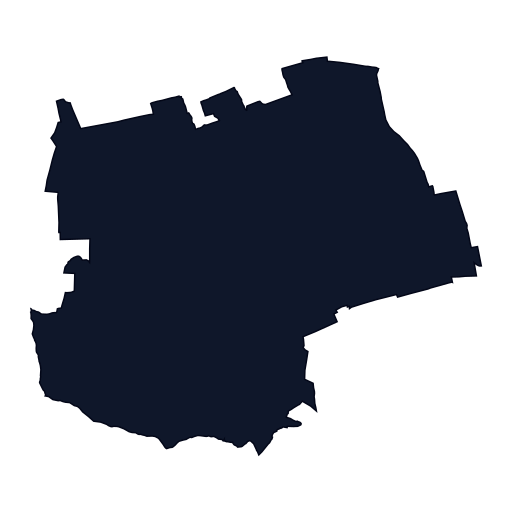 the district of Negresti, Vaslui, Romania
{"feature_id": "2599482B79763649175164", "entity_name": "Negresti", "entity_type": "district", "adm_level": 2, "iso_a3": "ROU", "parent_name": "Romania", "parent_adm1": "Vaslui", "projection": "mercator", "projection_center": [27.465, 46.836], "detail": "fine", "context": "isolated", "style": "filled", "palette": "ink", "viewbox_px": 512, "rotation_deg": 0, "n_neighbors": 0, "source": "geoboundaries", "source_scale": "gbopen_adm2", "svg_char_len": 5913}
<svg xmlns="http://www.w3.org/2000/svg" viewBox="0 0 512 512"><path d="M258.8,454.9L261.9,451.8L268.2,444.0L269.6,442.7L271.2,439.7L271.9,439.1L272.5,437.1L272.0,436.6L272.0,435.9L272.9,433.6L273.6,432.8L273.7,432.4L274.8,432.1L276.8,431.1L276.8,430.3L277.5,429.5L279.4,428.8L280.0,428.3L280.5,428.3L280.5,427.9L281.7,428.0L282.9,426.9L287.1,427.6L287.3,426.3L293.3,426.5L297.7,426.3L300.7,424.9L301.0,424.4L301.1,423.5L300.4,422.6L299.5,422.1L298.4,421.8L297.4,421.2L296.3,421.4L295.4,421.3L292.5,419.9L291.5,419.2L290.2,418.5L286.3,417.3L286.2,417.0L286.7,416.0L287.1,414.3L288.1,413.5L288.3,411.1L291.4,409.3L293.7,407.7L298.5,404.8L299.5,404.4L302.3,401.2L310.7,406.1L316.4,411.0L315.8,407.6L314.8,403.4L314.5,399.1L314.1,396.8L314.5,393.4L314.4,391.4L313.6,388.0L313.1,383.3L304.6,379.3L304.9,370.2L306.6,360.0L307.9,351.5L305.2,350.0L303.2,347.7L303.1,347.4L304.0,345.7L303.5,339.4L303.0,336.8L304.4,336.1L315.3,331.6L337.1,321.7L333.8,314.0L337.2,312.3L335.8,310.1L341.7,306.8L347.1,305.3L347.4,307.0L349.3,306.3L349.5,308.6L351.4,307.2L363.4,303.4L375.8,299.7L396.5,294.5L397.6,297.1L411.3,293.3L428.2,288.9L430.4,288.0L448.6,282.9L452.0,282.1L452.4,282.3L451.3,277.0L459.0,276.8L465.6,276.2L476.4,275.9L474.1,262.6L476.9,264.8L478.4,265.6L479.8,266.0L481.3,265.9L477.5,246.6L471.2,247.7L470.1,243.0L468.2,233.0L466.8,228.3L467.1,225.3L466.5,223.4L465.2,221.3L462.3,211.7L459.8,204.2L455.8,191.0L441.0,193.6L434.4,195.0L434.1,194.4L433.9,192.2L432.8,186.5L432.3,185.8L428.7,186.9L428.1,184.2L427.1,182.4L423.8,171.7L423.5,171.2L422.1,170.3L419.9,165.0L418.5,160.8L417.4,158.3L414.4,153.3L412.5,150.8L410.0,148.0L407.5,144.5L403.6,140.6L399.3,135.8L393.8,131.6L389.3,126.7L385.8,119.9L384.6,114.4L384.2,111.9L381.3,99.1L381.2,97.4L380.1,91.6L377.8,82.8L377.8,81.2L376.5,75.2L376.7,73.6L378.0,70.8L378.4,69.1L378.6,68.7L377.3,68.2L376.4,67.6L374.6,67.3L372.1,67.1L368.2,66.4L365.5,66.3L353.6,64.3L340.0,62.4L329.8,61.4L327.4,61.3L326.9,57.1L316.2,58.3L310.9,59.4L302.1,60.8L302.2,61.6L302.9,62.7L282.1,68.6L282.0,68.8L282.0,69.9L282.6,72.4L283.0,74.7L283.7,76.9L284.0,77.5L285.6,79.5L286.8,83.3L287.5,85.3L287.9,87.1L289.1,89.3L290.4,91.4L292.1,94.8L265.5,104.5L263.3,104.2L262.1,103.7L259.8,101.3L258.0,101.7L246.9,106.1L246.8,106.4L246.7,107.7L246.9,109.6L246.8,110.2L246.4,110.3L245.2,109.1L244.9,108.2L244.5,107.8L243.9,105.9L243.2,105.0L241.7,101.7L241.5,99.5L238.1,94.2L237.8,93.2L237.4,92.5L237.2,91.6L235.9,90.8L234.6,88.5L234.4,87.7L234.0,87.5L225.9,91.5L220.3,93.7L219.6,94.2L218.5,94.4L209.8,98.0L209.7,98.4L209.6,98.6L206.3,99.9L203.6,100.7L200.9,101.9L201.1,103.1L201.9,105.1L203.4,110.4L204.5,113.0L205.3,115.8L213.5,113.6L214.6,116.3L217.8,118.1L219.4,120.6L217.0,121.6L212.3,123.1L207.5,124.9L206.0,125.1L204.5,124.9L203.9,125.2L202.2,126.9L201.1,127.5L199.8,128.1L198.1,128.4L195.8,129.4L195.5,129.1L194.8,126.2L194.0,124.3L193.7,123.9L192.6,123.4L191.9,121.5L191.7,119.6L191.9,118.5L191.7,117.4L190.7,115.8L189.9,114.9L188.8,113.0L188.6,112.9L187.8,113.4L187.2,113.4L185.5,106.8L184.9,105.3L183.7,103.0L182.8,99.1L182.5,98.8L181.9,98.8L181.6,98.6L181.4,97.0L181.3,96.7L180.9,96.6L179.4,97.2L179.2,97.0L179.0,96.1L175.2,97.2L171.3,97.9L162.1,100.4L157.4,101.3L152.0,102.8L150.7,103.5L152.2,108.2L152.8,110.6L153.4,114.3L149.7,114.6L139.9,116.6L124.2,120.1L117.8,121.8L80.9,128.6L80.7,128.6L72.7,109.9L70.8,104.9L70.2,102.9L68.7,102.8L65.5,101.8L63.9,99.7L63.4,99.3L62.8,99.3L61.0,99.6L56.5,101.2L58.1,108.3L59.0,113.2L60.6,119.8L61.0,121.9L58.2,122.5L56.7,127.4L54.7,132.8L51.0,138.1L52.8,140.6L56.6,146.5L54.3,153.2L52.4,159.8L49.9,170.0L47.1,180.1L46.3,185.7L45.2,191.2L57.8,192.3L58.1,192.5L58.2,192.9L57.7,196.9L57.7,199.1L58.3,206.1L59.0,222.6L58.8,231.9L58.9,232.5L60.2,232.5L60.3,239.5L90.0,238.7L89.7,248.7L89.7,258.6L89.6,262.5L88.2,260.8L86.4,259.9L82.4,260.1L81.9,259.6L81.4,258.6L80.4,257.3L78.8,256.2L77.3,256.2L73.8,257.5L71.1,259.3L70.3,260.6L68.3,261.9L68.0,262.6L68.1,263.2L67.9,263.7L67.5,264.3L66.8,264.8L65.1,267.1L63.9,272.9L74.8,273.4L74.3,291.1L71.6,292.2L70.8,292.4L66.9,292.7L65.4,292.6L64.1,298.4L62.0,305.4L61.3,308.1L58.6,308.4L57.4,308.8L56.8,311.9L56.4,312.6L54.5,312.6L52.1,312.9L49.4,313.9L46.9,314.3L41.7,314.1L40.9,313.8L39.4,312.6L38.3,312.0L36.2,311.6L34.3,310.5L31.8,310.0L31.5,309.6L31.4,309.1L31.0,308.9L31.3,310.3L31.3,310.9L31.1,311.7L30.7,312.1L30.9,312.4L31.2,315.5L31.1,318.6L32.7,320.8L33.6,322.4L33.9,325.5L33.4,329.8L32.3,333.9L33.6,337.4L34.5,339.2L34.6,340.1L35.7,342.2L36.2,343.7L36.4,345.5L36.2,348.1L36.3,351.1L36.6,352.3L38.5,355.2L38.3,355.9L38.4,357.3L39.0,360.1L39.1,361.3L39.7,362.9L40.4,365.6L40.7,368.1L40.9,369.6L40.5,375.6L40.7,376.9L40.3,378.7L40.3,380.2L39.6,382.1L39.7,382.9L42.6,388.8L43.5,390.4L44.4,391.0L44.7,391.7L45.0,393.1L45.6,394.7L45.6,395.3L45.2,395.9L48.7,396.6L52.9,399.6L58.2,400.7L60.2,400.5L63.0,401.6L65.5,402.2L69.7,402.6L74.3,405.6L77.4,406.4L79.7,408.2L82.7,411.9L88.6,416.6L93.7,421.2L100.7,422.1L106.8,424.4L108.5,425.6L110.9,426.6L112.0,426.7L113.7,426.3L116.9,426.4L118.9,426.8L124.0,428.8L129.1,431.7L132.1,432.5L135.7,432.7L138.0,434.1L139.0,434.4L140.6,434.3L142.9,435.0L144.5,435.3L146.8,436.2L152.2,436.0L154.7,436.4L155.4,436.6L158.1,438.0L159.1,438.9L163.1,444.3L164.8,447.0L165.8,448.1L166.6,448.6L169.7,447.6L172.2,447.3L173.2,446.7L175.3,444.9L176.9,443.1L178.9,441.3L183.3,440.0L186.1,439.4L189.0,437.7L190.2,437.3L191.7,437.5L194.5,436.4L197.6,435.5L200.1,435.6L206.2,436.4L208.1,436.1L208.6,435.6L209.0,435.6L210.0,436.4L211.2,436.7L213.9,436.4L216.5,437.7L218.5,439.1L222.0,439.5L223.0,440.7L223.8,439.9L224.2,439.3L224.1,440.7L224.7,440.5L224.8,441.1L226.6,441.7L227.6,441.7L231.2,442.4L232.6,442.2L232.9,443.1L233.6,444.1L234.3,444.9L236.7,446.0L237.6,447.1L241.3,446.7L242.2,446.3L244.9,444.0L245.8,443.6L247.7,441.4L249.6,440.7L250.2,440.8L251.1,441.3L252.6,442.8L253.6,443.6L256.3,449.4L256.7,450.7L257.3,451.1L258.8,454.9Z" fill="#0f172a" stroke="#020617" stroke-width="1.5"/></svg>